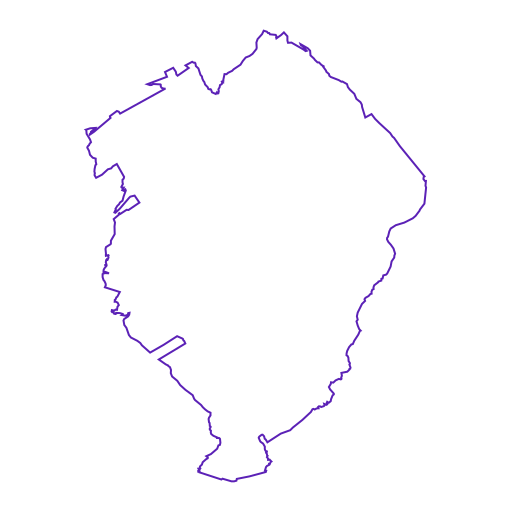 Sapata, Arges, Romania (Equal Earth projection)
{"feature_id": "2599482B9087219169175", "entity_name": "Sapata", "entity_type": "district", "adm_level": 2, "iso_a3": "ROU", "parent_name": "Romania", "parent_adm1": "Arges", "projection": "equal_earth", "projection_center": [24.732, 44.739], "detail": "fine", "context": "isolated", "style": "outline", "palette": "violet", "viewbox_px": 512, "rotation_deg": 0, "n_neighbors": 0, "source": "geoboundaries", "source_scale": "gbopen_adm2", "svg_char_len": 5986}
<svg xmlns="http://www.w3.org/2000/svg" viewBox="0 0 512 512"><path d="M419.9,209.6L424.4,203.7L426.1,187.5L425.5,185.8L425.9,181.0L425.0,181.1L423.4,179.0L423.7,176.9L424.5,176.4L399.9,146.2L394.0,137.8L392.5,136.6L390.2,133.1L379.3,123.1L375.1,118.9L371.5,114.1L365.3,117.5L362.1,107.0L361.8,104.6L360.5,102.2L356.4,98.9L354.3,93.8L349.8,89.6L347.9,87.1L347.0,84.1L342.4,81.5L341.4,81.7L338.8,80.1L330.8,77.0L329.3,75.7L329.0,74.1L326.3,71.7L326.0,70.6L323.1,66.6L323.5,66.2L321.4,64.9L319.0,62.4L317.5,62.4L314.9,59.9L314.0,58.6L310.5,55.4L310.1,50.7L307.8,48.3L300.5,44.1L300.8,45.0L302.9,46.5L306.7,50.8L305.6,51.1L303.8,49.7L291.5,42.6L288.0,42.8L287.4,40.5L287.4,36.3L283.9,32.4L281.0,35.1L276.4,38.4L276.1,37.3L276.5,36.4L275.7,34.9L269.9,34.3L269.3,33.1L268.0,33.0L266.9,31.7L263.7,30.7L262.1,34.1L257.6,39.1L256.4,42.5L256.7,47.8L256.4,49.0L252.5,53.9L249.5,56.0L245.7,57.5L242.8,61.0L240.5,64.7L233.6,69.3L232.2,70.8L228.1,72.8L226.5,74.2L224.5,74.1L223.3,79.9L223.4,80.9L222.0,81.5L223.0,82.7L221.9,83.2L221.7,84.2L220.0,85.1L219.6,87.3L218.4,89.3L218.8,91.2L218.3,93.3L217.9,93.5L216.9,92.3L215.8,94.0L212.0,92.3L211.2,90.0L210.6,89.2L209.5,89.4L208.3,88.9L207.7,87.2L205.1,84.5L204.3,82.0L203.4,80.9L202.3,78.5L201.9,76.4L200.5,74.9L198.4,68.4L195.9,66.1L195.4,63.3L194.9,62.7L193.6,62.7L192.2,61.8L185.5,65.4L188.7,68.0L177.6,75.7L176.4,74.5L175.8,71.7L173.2,67.8L165.0,72.0L167.0,76.8L147.3,84.2L150.0,85.1L151.5,85.0L153.4,84.0L160.4,84.4L160.7,84.6L160.8,86.6L161.7,87.9L164.1,88.7L165.5,88.5L120.1,113.6L118.8,111.7L116.9,111.0L109.9,116.2L110.0,117.1L110.5,117.9L94.0,131.8L89.9,134.6L89.8,134.1L90.9,132.9L91.0,131.8L93.5,129.8L94.5,129.7L95.6,127.9L90.2,128.3L85.9,129.7L86.3,130.0L86.6,133.8L90.0,139.4L91.0,142.2L89.6,143.8L89.0,145.2L88.2,145.8L87.3,147.2L87.3,147.7L89.0,150.8L90.0,154.8L92.7,157.7L95.7,158.6L95.7,161.4L96.3,164.3L95.4,165.2L94.6,169.0L94.4,171.7L94.9,173.2L94.6,174.0L94.6,175.3L96.1,177.8L102.0,174.7L107.9,169.3L111.1,168.4L112.9,166.3L116.8,164.0L124.1,176.9L123.7,178.6L122.5,179.8L122.5,182.2L122.9,184.0L121.3,187.0L121.7,187.6L123.7,187.6L122.2,190.2L123.9,190.9L124.6,189.6L125.3,189.3L125.8,190.5L123.6,196.5L122.5,200.7L120.0,202.5L119.0,204.3L117.2,206.0L115.5,208.8L115.8,209.4L114.4,212.4L115.3,212.8L119.6,208.9L129.3,197.6L130.4,196.6L134.6,195.6L139.4,202.6L128.5,210.0L126.6,209.8L120.3,213.9L119.4,213.1L118.8,213.6L118.9,214.7L113.7,219.1L115.0,222.5L114.5,226.4L114.7,234.1L110.9,240.7L110.9,243.5L110.6,244.2L106.0,247.1L105.5,249.0L106.0,254.2L105.8,254.8L105.9,255.8L108.3,255.1L108.6,255.4L108.2,256.4L108.5,257.6L107.5,260.0L107.2,260.1L106.7,259.4L106.2,260.0L105.8,262.3L106.5,264.7L104.4,265.1L106.5,265.4L106.5,265.8L104.3,268.5L103.6,270.0L103.5,271.8L105.4,271.9L109.0,273.3L105.1,273.1L103.5,273.5L102.6,274.1L102.6,277.1L103.5,280.0L104.5,281.2L105.6,283.6L105.8,285.1L104.9,287.3L119.8,292.0L117.3,296.7L116.3,297.4L115.5,299.5L114.8,299.9L114.7,301.7L115.5,301.6L117.6,302.6L118.8,305.1L117.5,306.7L117.0,309.8L115.5,309.6L114.4,310.6L111.9,310.1L111.6,311.5L112.2,312.2L113.6,312.5L114.1,313.7L115.5,314.0L116.2,313.6L116.0,313.0L116.2,312.9L119.9,313.1L122.8,314.0L122.8,314.6L122.0,315.1L125.2,315.7L127.8,314.8L128.2,313.1L129.5,312.8L129.2,314.7L128.1,316.4L124.2,319.0L123.5,320.5L124.3,325.0L126.4,327.8L128.9,335.0L130.9,337.5L137.3,340.8L140.3,343.0L141.9,345.3L150.1,352.6L163.7,344.8L177.1,336.2L182.3,338.5L182.9,338.9L183.4,340.4L184.2,341.0L185.3,343.5L158.8,359.5L165.8,364.4L168.1,365.5L168.3,366.0L170.0,367.2L171.0,370.0L170.8,373.2L172.1,376.5L177.3,380.8L180.2,385.1L185.5,389.9L192.7,395.2L194.1,398.7L195.0,400.0L201.1,405.0L202.8,407.2L205.1,409.4L207.7,411.4L210.5,412.7L210.5,415.4L209.0,417.7L208.6,419.0L209.0,422.2L209.6,423.0L209.8,426.0L210.6,426.6L210.5,427.5L209.8,428.3L209.8,429.6L210.9,430.6L210.8,432.6L211.2,434.0L213.4,435.8L217.5,437.6L217.3,438.0L219.3,438.1L220.0,438.9L220.4,442.8L219.9,444.9L218.4,445.4L217.2,448.7L210.9,454.1L206.3,456.2L207.8,457.4L207.7,458.3L206.1,459.2L202.7,462.2L201.9,464.6L200.1,466.3L199.6,467.8L200.3,468.4L200.0,468.9L198.5,468.8L199.4,470.7L198.2,471.0L198.3,471.7L199.1,471.6L199.3,472.3L221.4,479.5L222.5,478.7L231.4,481.3L234.2,481.3L236.4,480.7L236.8,478.9L249.4,476.4L265.8,472.0L266.2,470.7L265.0,470.4L266.0,467.1L266.9,466.0L269.2,464.8L269.1,463.9L269.8,464.0L270.6,462.0L271.4,461.5L269.6,459.6L268.1,459.9L268.0,458.5L266.9,457.1L267.5,456.0L267.2,455.9L266.8,453.7L266.0,452.7L266.2,452.1L266.9,451.8L266.9,451.4L265.7,451.0L265.1,450.0L264.8,449.0L264.8,446.6L263.1,443.6L260.7,441.9L260.1,441.1L258.7,437.8L259.2,436.7L261.6,434.8L262.6,434.7L264.1,436.3L264.7,438.7L265.7,439.5L267.4,442.3L280.8,433.6L290.2,430.2L292.9,427.5L302.3,420.0L310.9,412.0L312.5,409.2L313.6,408.9L314.7,409.5L316.7,408.4L318.5,408.3L318.1,407.0L318.9,406.3L320.2,406.4L321.2,407.0L323.9,406.1L324.6,405.3L324.2,403.9L326.5,404.8L327.2,404.3L326.7,402.9L327.2,401.8L328.7,402.8L330.7,401.2L331.1,399.1L332.6,395.4L333.8,394.4L333.8,393.6L330.1,389.4L328.9,387.0L330.8,383.9L331.0,382.3L333.3,382.6L335.6,380.4L338.8,378.9L340.8,379.4L341.3,379.1L341.5,378.8L341.2,377.6L341.9,375.8L341.4,372.9L347.3,371.7L349.3,369.7L349.4,369.0L350.2,368.7L350.5,367.6L349.4,364.5L349.9,363.8L349.8,362.9L348.6,361.1L348.4,357.8L347.7,356.1L346.5,355.3L346.6,353.3L347.2,350.9L349.1,347.1L351.4,344.4L352.8,344.1L354.3,340.7L358.3,334.6L359.9,330.9L360.6,330.6L359.2,329.1L357.7,325.5L356.5,321.3L357.7,319.7L356.9,316.3L357.7,312.6L362.0,303.9L365.1,300.9L364.5,299.2L365.5,297.8L368.5,296.1L370.4,294.0L371.6,293.7L371.5,291.7L372.3,289.7L373.6,289.1L373.5,287.3L374.2,285.3L378.1,282.3L378.4,281.6L381.3,280.6L381.4,278.8L382.6,278.5L383.3,275.4L386.2,274.6L387.2,273.5L390.6,266.6L391.6,261.4L394.2,257.6L394.4,255.5L395.1,253.7L393.5,248.5L390.9,244.8L388.3,241.9L387.0,239.3L387.1,237.9L388.0,236.7L389.3,231.4L390.7,228.5L395.8,225.2L404.3,222.6L412.8,218.3L415.6,215.9L419.6,210.6L419.9,209.6Z" fill="none" stroke="#5b21b6" stroke-width="2"/></svg>